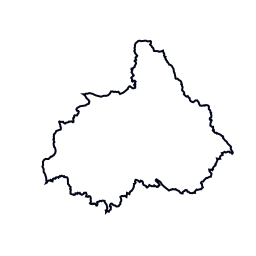 Oxapampa, Pasco, Peru (Albers equal-area conic projection), rotated 344°
{"feature_id": "86281439B19526712257024", "entity_name": "Oxapampa", "entity_type": "district", "adm_level": 2, "iso_a3": "PER", "parent_name": "Peru", "parent_adm1": "Pasco", "projection": "albers", "projection_center": [-75.08, -10.181], "detail": "fine", "context": "isolated", "style": "outline", "palette": "ink", "viewbox_px": 256, "rotation_deg": 344, "n_neighbors": 0, "source": "geoboundaries", "source_scale": "gbopen_adm2", "svg_char_len": 5847}
<svg xmlns="http://www.w3.org/2000/svg" viewBox="0 0 256 256"><g transform="rotate(344 128 128)"><path d="M191.8,103.6L191.4,102.1L191.9,101.0L191.3,100.6L191.9,98.9L191.5,97.3L189.9,95.6L189.3,94.3L187.7,93.9L187.3,93.2L187.6,92.2L187.9,87.9L187.6,87.3L188.0,83.6L187.1,80.2L186.0,78.9L185.1,78.5L184.4,75.8L183.9,75.4L184.0,74.3L183.4,73.5L183.5,72.6L183.1,72.2L183.3,71.5L182.9,70.3L183.5,69.9L183.0,69.5L182.6,68.3L183.0,67.9L183.3,66.2L183.0,65.9L182.8,64.6L183.0,63.3L181.2,63.5L178.9,63.3L178.2,62.5L174.2,61.1L174.3,58.2L173.4,56.9L173.3,55.7L172.2,53.9L173.3,53.0L173.9,51.2L173.5,50.6L170.6,50.1L169.1,48.9L164.7,48.2L163.3,47.3L161.8,47.2L158.8,48.6L157.5,50.1L157.0,52.1L156.3,52.8L156.2,54.9L155.2,55.8L155.6,57.3L155.4,57.8L156.8,61.1L156.2,61.8L155.5,61.8L154.6,62.4L154.6,64.8L153.6,64.7L152.8,65.5L153.7,67.0L153.5,68.3L151.8,69.9L151.1,71.3L149.8,71.4L148.9,72.4L147.8,71.9L147.4,72.6L147.9,74.1L146.7,75.5L147.3,76.8L147.5,78.5L148.0,78.8L148.0,79.1L145.0,80.5L144.9,81.0L145.5,82.2L144.7,84.0L145.2,84.7L146.5,84.2L147.5,84.4L148.1,85.6L147.3,86.2L146.9,86.9L147.2,87.9L146.9,88.3L145.8,88.3L145.9,89.3L146.5,89.8L146.0,91.3L144.1,91.4L143.3,91.0L141.5,88.5L140.8,88.3L138.6,89.9L138.6,90.4L133.3,92.7L129.7,93.1L128.8,90.5L126.7,90.3L125.7,89.5L124.3,89.5L123.4,88.6L122.4,88.6L121.8,88.2L119.7,90.2L117.9,91.0L116.0,91.1L113.4,90.3L110.7,90.5L106.1,87.8L103.1,85.2L100.5,83.8L98.4,83.9L97.1,83.4L95.7,83.7L94.4,83.3L95.6,84.8L96.3,87.7L97.8,90.3L98.2,91.8L97.4,92.9L97.5,93.2L96.9,93.9L94.9,94.0L93.3,94.6L88.1,93.9L84.8,94.7L83.5,95.8L83.7,97.3L84.9,97.9L85.2,98.5L84.2,100.4L83.6,100.6L82.4,101.9L80.2,101.1L79.4,101.7L79.0,103.2L78.0,103.4L77.4,106.9L76.7,107.3L75.6,106.1L73.1,105.8L73.0,105.6L72.3,106.0L69.9,105.9L68.7,106.4L67.4,105.0L67.4,104.2L64.8,103.5L63.9,102.8L63.5,103.0L63.7,106.9L63.4,107.7L63.6,109.2L62.9,110.9L58.2,111.1L56.5,113.1L55.3,113.4L54.8,114.1L54.8,115.0L54.2,115.8L54.3,116.2L53.9,117.8L53.8,118.2L53.2,118.3L53.4,119.1L53.0,119.9L53.4,121.2L52.3,122.1L51.9,123.8L52.0,125.1L51.7,125.6L52.4,127.0L52.2,129.9L51.3,131.8L48.9,133.9L47.9,133.8L46.7,134.6L45.9,134.3L43.1,135.9L40.1,135.0L38.6,135.5L36.9,137.0L36.2,140.2L35.1,141.5L35.6,144.0L34.8,147.2L35.5,149.1L35.6,152.8L35.4,154.8L35.0,155.6L35.2,156.8L34.0,158.3L35.0,158.1L35.9,157.0L37.6,156.6L38.5,157.0L39.5,156.5L40.0,157.1L39.7,157.9L40.7,158.5L41.8,156.3L42.9,156.0L43.9,156.7L44.3,156.2L44.8,156.3L45.1,155.7L46.0,155.8L47.0,156.0L47.5,156.6L48.1,155.9L49.1,156.0L49.5,155.4L50.4,155.9L51.2,155.6L52.5,156.7L53.2,156.7L53.1,157.6L55.7,158.5L56.2,160.1L54.9,165.2L55.6,166.5L55.7,167.7L56.6,168.9L56.3,169.9L55.6,170.4L55.6,171.2L56.0,171.8L55.2,173.1L55.2,173.8L54.6,175.0L54.7,175.4L56.4,176.7L57.3,176.8L57.6,177.5L58.9,177.4L59.5,176.3L60.7,176.6L61.0,177.2L61.9,176.4L63.1,177.6L63.8,177.2L64.3,178.6L65.3,179.5L67.3,179.0L67.9,178.2L69.8,178.6L69.9,180.7L68.8,182.2L70.6,183.2L71.7,182.7L72.8,183.4L72.9,185.4L72.2,186.8L72.2,188.2L71.7,189.4L70.7,189.8L70.8,190.3L72.5,191.3L73.1,191.0L73.7,191.5L74.2,191.6L74.6,191.2L75.1,191.4L75.9,192.3L76.2,193.9L76.7,194.0L77.3,193.5L78.0,191.6L77.8,190.8L78.3,190.6L79.7,190.8L81.0,190.3L82.2,191.1L83.4,190.7L85.4,191.6L85.2,192.7L86.3,196.1L85.9,199.6L84.7,201.0L83.9,201.1L84.0,202.0L83.7,202.9L85.3,201.9L86.4,203.2L87.1,202.3L88.9,201.6L89.8,199.2L89.7,198.3L89.0,198.2L89.9,196.5L90.8,196.0L91.6,196.2L92.8,198.2L94.5,199.1L95.2,200.3L97.5,200.6L98.7,199.4L99.5,199.2L100.3,197.2L101.3,196.4L101.8,194.9L101.7,192.1L103.3,191.6L104.4,192.2L106.0,192.2L107.5,193.9L109.2,190.1L111.1,191.9L111.6,190.8L112.0,190.7L112.7,189.6L114.0,189.5L116.2,187.7L117.5,186.0L117.7,185.0L118.6,183.8L118.5,183.3L119.5,183.2L120.3,182.6L120.0,181.3L121.0,179.9L122.2,180.4L123.8,182.1L124.2,183.1L125.4,182.9L125.8,182.2L126.8,182.8L127.3,183.7L127.1,186.2L127.4,187.1L129.4,188.8L129.4,190.0L129.9,190.5L132.3,189.4L132.8,188.7L134.7,190.5L136.9,191.1L137.4,190.4L139.6,192.7L140.5,192.8L140.9,192.1L141.7,192.1L142.6,191.6L142.0,189.3L140.2,186.3L140.4,185.6L141.2,185.2L144.2,188.7L145.2,192.0L146.3,193.9L150.2,199.4L152.3,199.0L153.1,199.4L154.0,198.9L156.2,200.1L156.9,199.8L158.1,201.4L159.6,202.5L160.4,204.6L161.2,205.5L162.5,205.9L162.7,204.8L164.2,204.1L165.0,204.2L165.9,203.5L166.4,203.5L167.4,204.0L167.7,205.7L168.7,206.1L169.5,207.5L171.8,208.4L172.5,208.2L174.5,208.8L174.6,207.6L175.0,207.6L175.8,206.7L177.0,206.1L177.8,206.7L180.4,206.7L181.5,207.0L181.7,206.5L183.6,205.7L183.3,204.0L183.7,202.3L183.0,201.5L182.9,201.0L183.3,200.6L183.9,200.0L185.7,200.1L186.6,199.2L189.5,197.6L190.6,197.9L192.8,197.4L194.3,197.6L195.7,194.9L194.5,192.2L194.6,190.4L195.9,191.0L196.4,190.9L197.3,191.7L197.6,191.1L198.3,191.2L198.4,190.2L199.7,188.9L201.9,188.0L201.9,186.9L202.5,186.8L205.1,183.5L205.1,181.9L206.9,182.9L208.2,183.0L208.1,181.8L208.8,180.7L209.6,180.2L211.6,179.9L211.3,178.0L212.9,178.1L214.1,177.5L215.3,178.5L217.7,178.3L218.9,178.7L219.2,179.7L220.0,179.8L221.0,180.5L221.0,181.6L221.4,182.1L221.3,181.7L222.0,180.2L221.1,177.0L221.1,175.7L221.8,174.8L221.7,174.1L219.5,170.4L219.2,168.6L217.9,166.7L216.5,163.6L217.0,163.2L216.9,162.0L215.7,161.2L215.4,160.3L212.9,158.1L211.9,157.9L211.8,157.0L210.4,156.7L209.7,155.6L209.8,154.7L208.9,154.1L208.9,153.6L209.8,153.3L209.5,152.8L210.1,150.3L208.9,149.9L207.8,148.2L208.9,145.7L210.6,143.6L210.2,142.9L209.2,142.8L209.0,141.8L209.7,140.9L210.9,140.7L211.7,138.7L211.6,137.4L212.1,136.4L211.5,135.8L211.8,135.0L211.8,133.6L210.9,132.2L211.7,129.5L211.3,128.6L210.0,127.7L208.6,127.4L207.9,127.7L207.4,127.1L205.5,127.1L203.5,126.3L203.1,125.0L203.0,122.6L202.5,121.9L202.2,120.6L200.5,120.1L197.8,121.2L196.3,120.2L195.6,119.3L195.2,117.9L195.5,116.2L194.6,115.3L194.2,113.8L193.1,114.0L192.6,113.7L191.0,111.0L191.6,110.4L191.7,109.1L190.4,106.5L191.8,103.6Z" fill="none" stroke="#020617" stroke-width="2"/></g></svg>